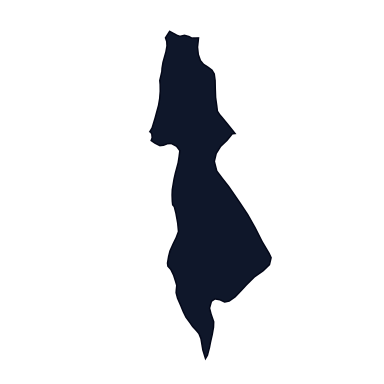 Doutsita, Gabon (Equal Earth projection), rotated 32°
{"feature_id": "22940354B92057182831829", "entity_name": "Doutsita", "entity_type": "district", "adm_level": 2, "iso_a3": "GAB", "parent_name": "Gabon", "parent_adm1": "", "projection": "equal_earth", "projection_center": [11.621, -2.919], "detail": "fine", "context": "isolated", "style": "filled", "palette": "ink", "viewbox_px": 384, "rotation_deg": 32, "n_neighbors": 0, "source": "geoboundaries", "source_scale": "gbopen_adm2", "svg_char_len": 1603}
<svg xmlns="http://www.w3.org/2000/svg" viewBox="0 0 384 384"><g transform="rotate(32 192 192)"><path d="M291.7,326.1L291.6,322.3L289.2,314.6L287.2,309.4L284.7,302.2L281.9,295.3L279.2,290.6L272.7,285.3L268.4,281.2L266.4,274.4L268.1,270.5L272.8,268.6L278.0,268.0L281.3,264.8L284.1,258.2L286.0,249.0L287.3,242.1L289.9,231.0L294.1,221.0L296.2,212.6L293.9,205.8L289.9,203.2L277.7,196.9L264.5,188.9L251.3,181.7L238.8,176.0L220.4,168.0L210.7,164.5L201.9,161.1L194.7,154.2L192.1,146.5L192.1,138.2L194.3,129.6L195.3,121.3L197.5,119.6L192.5,117.8L187.0,115.9L179.3,113.3L174.3,111.7L170.7,110.0L167.4,105.9L161.9,99.3L156.9,91.9L152.5,85.2L148.3,80.1L144.4,78.1L139.9,77.7L134.0,77.6L129.5,76.1L124.5,72.1L119.9,66.2L117.4,61.0L115.9,57.9L110.2,61.6L107.0,61.8L102.6,63.1L99.3,66.4L96.2,67.1L87.9,67.6L87.8,75.3L90.8,77.7L93.4,81.4L95.6,86.9L98.7,97.4L101.0,102.9L102.6,105.8L104.3,110.7L105.6,114.5L108.1,117.8L111.7,123.4L115.1,129.9L117.7,136.2L119.8,143.2L121.6,149.1L124.2,158.7L124.3,163.2L125.1,163.1L127.1,164.0L129.5,167.1L130.1,170.0L134.7,170.2L140.2,169.7L143.1,167.4L145.6,164.0L148.9,161.8L154.7,161.4L159.8,163.4L162.4,169.0L164.8,174.6L167.9,184.8L169.9,190.5L174.0,200.4L176.7,205.1L180.2,210.3L182.4,213.1L184.7,213.8L189.7,218.6L196.4,226.0L201.5,232.7L202.8,239.1L203.5,245.9L204.6,253.7L206.3,259.0L208.9,265.3L210.9,267.7L215.1,268.9L220.5,272.3L225.0,276.1L228.6,279.3L230.5,283.2L231.9,285.8L236.0,289.7L243.0,294.5L248.0,298.1L253.3,301.4L259.4,303.8L263.8,305.7L269.3,307.2L272.9,308.4L277.3,311.6L284.9,320.2L291.7,326.1Z" fill="#0f172a" stroke="#020617" stroke-width="1.5"/></g></svg>